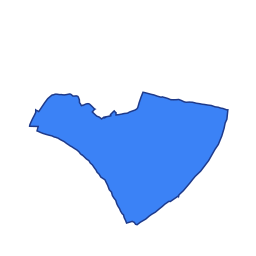 Pikine, Dakar, Senegal, rotated 38°
{"feature_id": "50182788B8601261498481", "entity_name": "Pikine", "entity_type": "district", "adm_level": 2, "iso_a3": "SEN", "parent_name": "Senegal", "parent_adm1": "Dakar", "projection": "natural_earth1", "projection_center": [-17.365, 14.773], "detail": "fine", "context": "isolated", "style": "filled", "palette": "blue", "viewbox_px": 256, "rotation_deg": 38, "n_neighbors": 0, "source": "geoboundaries", "source_scale": "gbopen_adm2", "svg_char_len": 2754}
<svg xmlns="http://www.w3.org/2000/svg" viewBox="0 0 256 256"><g transform="rotate(38 128 128)"><path d="M58.1,186.3L59.0,186.0L61.6,185.4L64.4,184.6L66.2,183.9L67.3,183.5L69.7,182.5L73.0,181.0L75.4,180.5L76.2,180.1L77.3,179.6L78.0,179.5L78.9,179.1L81.9,178.8L86.1,178.0L88.9,178.0L91.4,177.8L93.5,177.7L94.9,177.4L98.7,177.1L101.0,176.8L103.8,176.9L106.4,177.6L108.0,177.7L108.3,177.4L110.7,177.6L114.2,178.0L117.3,177.8L119.8,178.8L122.7,179.0L126.0,180.1L128.6,180.8L130.9,181.9L133.7,182.2L136.8,183.4L137.5,183.4L137.8,183.3L139.2,183.2L141.7,183.0L143.7,184.0L147.3,185.7L151.3,188.2L151.5,188.2L154.4,188.7L157.4,190.9L160.2,191.9L162.8,192.5L166.0,194.7L168.3,195.8L171.1,196.8L173.4,198.1L176.1,199.1L177.9,199.2L180.2,201.0L183.1,202.4L185.4,203.8L188.8,199.0L191.1,198.5L193.2,199.2L194.7,198.6L195.7,194.7L198.1,188.7L199.0,184.1L199.8,181.4L201.4,177.4L202.0,174.5L202.5,172.2L203.3,168.8L203.9,165.4L204.3,164.1L205.4,160.6L206.6,159.9L209.5,150.6L210.0,150.8L209.3,149.2L210.2,143.4L210.6,133.5L210.6,128.9L210.7,124.8L211.8,117.3L211.6,104.0L209.7,91.4L209.3,85.4L206.8,76.5L203.9,69.1L203.6,68.5L201.5,64.3L200.5,60.2L195.5,52.2L194.4,53.0L192.8,53.5L190.7,54.2L188.9,55.2L186.3,56.1L183.6,57.7L179.7,59.0L176.9,60.7L173.9,62.3L171.8,63.6L169.2,64.9L166.3,66.6L165.2,67.0L163.0,68.0L160.4,69.8L157.9,72.0L156.1,72.8L153.0,73.5L150.4,74.3L148.6,76.0L146.4,77.8L144.2,79.4L141.3,80.2L138.9,81.1L135.8,82.4L135.1,83.4L131.4,84.9L128.0,86.0L127.2,86.4L125.5,87.2L122.0,88.7L119.4,89.8L117.8,90.6L119.3,95.7L121.2,101.2L122.2,103.6L122.7,104.9L123.0,105.6L123.1,106.0L123.2,106.6L123.2,107.2L123.1,108.1L122.8,108.6L122.6,109.3L122.2,110.0L122.0,110.3L119.4,114.4L118.6,116.3L118.1,117.0L116.1,118.9L115.1,120.1L114.7,120.7L112.9,122.7L112.6,123.1L110.9,124.7L110.6,125.1L109.2,123.5L109.2,123.4L107.4,123.2L106.6,123.0L106.4,124.1L106.1,126.7L105.9,128.2L106.9,128.9L105.4,130.8L105.5,130.8L103.2,133.3L103.7,133.6L103.0,134.7L102.3,134.5L101.6,137.1L98.6,137.1L96.0,137.9L93.5,137.7L90.0,137.3L90.1,134.0L90.3,133.5L89.9,133.6L88.2,133.4L85.9,133.1L83.8,132.9L83.0,132.9L82.3,133.0L81.4,133.5L80.2,134.8L78.9,137.2L78.6,137.9L78.6,138.0L78.4,138.1L78.1,138.1L78.0,138.3L77.7,138.8L77.5,139.1L75.7,138.3L74.2,137.9L72.3,135.7L69.9,134.3L69.1,134.0L68.5,134.1L67.4,134.6L65.7,136.2L64.6,136.8L63.9,136.7L63.0,136.6L62.1,136.7L61.2,137.0L60.2,138.1L59.2,139.3L57.5,141.1L56.0,142.1L54.9,142.7L53.4,143.9L51.4,145.0L50.2,145.8L49.5,146.6L48.8,147.8L47.9,148.7L47.4,150.7L46.7,154.2L46.7,155.4L46.8,159.4L47.1,163.7L47.5,169.0L47.5,170.0L46.7,170.1L44.3,170.6L44.2,170.6L45.0,171.7L45.6,172.3L46.3,175.1L47.1,179.5L47.9,183.0L48.6,185.6L49.0,186.6L49.4,187.2L56.3,182.1L58.1,186.3Z" fill="#3b82f6" stroke="#1e3a8a" stroke-width="1.5"/></g></svg>